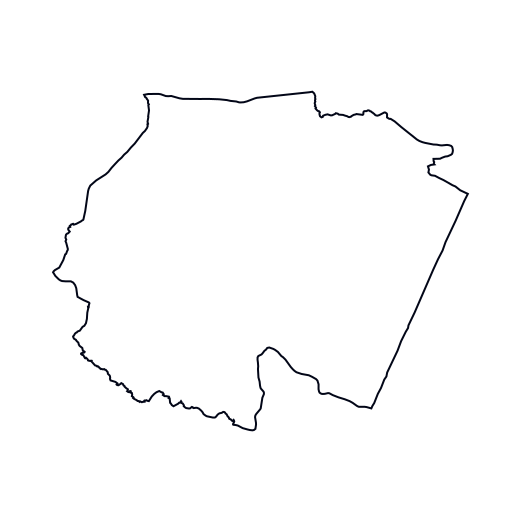 Koulpelogo, Koulpélogo, Burkina Faso, rotated 281°
{"feature_id": "67063806B92956545078683", "entity_name": "Koulpelogo", "entity_type": "district", "adm_level": 2, "iso_a3": "BFA", "parent_name": "Burkina Faso", "parent_adm1": "Koulpélogo", "projection": "natural_earth1", "projection_center": [0.149, 11.415], "detail": "fine", "context": "isolated", "style": "outline", "palette": "ink", "viewbox_px": 512, "rotation_deg": 281, "n_neighbors": 0, "source": "geoboundaries", "source_scale": "gbopen_adm2", "svg_char_len": 5992}
<svg xmlns="http://www.w3.org/2000/svg" viewBox="0 0 512 512"><g transform="rotate(281 256 256)"><path d="M181.8,88.7L179.8,95.1L178.5,100.8L177.9,101.5L175.9,101.3L174.0,101.5L174.0,100.8L172.5,101.3L168.2,101.2L162.0,102.0L157.6,101.9L154.7,100.8L153.4,99.3L149.1,97.3L147.8,95.2L146.8,94.7L146.2,93.8L145.2,93.1L143.1,92.4L142.2,91.8L141.1,92.3L140.0,93.3L139.4,95.2L139.0,95.4L138.1,96.5L137.1,98.1L135.2,99.0L134.1,100.0L132.6,103.0L130.1,104.1L129.8,104.6L129.6,105.5L129.2,106.1L128.6,105.9L127.9,104.7L127.8,104.0L126.9,102.9L126.4,103.0L125.7,104.4L125.8,105.2L125.5,105.6L123.2,107.5L123.0,107.9L123.7,108.5L122.9,109.9L122.3,110.6L121.5,111.0L121.3,111.4L121.4,111.9L121.3,113.2L121.8,114.0L121.8,114.6L121.2,114.5L117.9,118.9L117.8,120.5L117.4,120.8L117.6,121.8L117.1,122.2L117.1,122.8L116.4,123.5L116.3,124.0L115.7,124.6L115.4,125.4L115.7,125.9L115.5,127.3L116.0,128.5L115.6,128.9L115.6,130.2L113.7,132.6L112.1,133.1L110.8,135.1L110.1,135.6L108.6,136.1L107.5,136.1L106.1,137.0L105.6,142.0L104.5,144.3L103.2,143.7L102.8,144.4L102.9,145.7L104.7,147.5L105.5,148.0L104.8,150.0L103.7,150.6L103.3,151.7L102.7,151.9L101.4,154.0L100.7,155.7L99.5,155.8L98.7,155.3L98.5,155.7L98.1,156.6L98.2,158.3L99.4,158.2L99.5,158.7L97.8,159.6L97.8,160.3L96.4,160.9L94.7,160.9L94.2,162.2L93.8,162.8L93.1,162.5L92.5,163.6L91.7,166.5L91.1,167.3L91.2,168.3L90.6,169.6L91.2,169.9L90.7,171.9L91.1,172.4L91.7,174.4L92.7,174.0L93.0,174.4L93.1,175.5L93.5,175.9L93.1,177.4L93.1,178.5L98.2,180.5L101.2,182.4L103.3,184.3L105.0,186.8L104.1,189.5L104.2,190.4L102.9,191.7L102.5,191.8L102.3,191.3L101.8,191.1L101.0,192.9L101.3,194.7L101.3,197.4L100.7,197.8L99.9,197.4L99.5,198.5L95.5,199.7L95.1,200.4L93.6,201.8L92.8,203.7L96.1,207.7L97.3,208.5L97.4,209.1L97.8,209.5L99.2,210.1L98.6,210.7L97.6,210.7L97.2,212.3L95.7,213.7L94.8,213.7L94.0,215.0L93.4,216.4L93.5,219.4L93.9,220.4L95.6,221.8L95.5,222.7L95.0,223.1L94.8,223.8L95.6,226.1L95.7,227.2L95.3,229.1L93.7,231.8L92.4,233.4L90.8,234.7L89.7,237.0L89.3,238.4L89.2,244.4L89.6,246.4L90.1,247.1L90.5,247.2L91.3,247.8L92.8,248.5L94.0,249.5L94.6,250.2L95.5,252.3L96.7,253.5L96.8,254.5L96.4,255.5L95.6,256.1L95.0,257.4L93.1,258.8L92.9,259.4L92.2,260.2L91.2,260.7L91.0,261.1L90.9,262.2L89.6,264.1L89.6,264.6L90.8,265.3L90.4,265.7L89.5,266.2L88.1,266.0L87.3,265.6L86.3,265.6L86.0,265.9L86.2,268.4L86.1,270.5L84.5,275.8L84.1,280.7L84.0,283.2L84.2,285.8L84.8,287.2L86.2,288.4L90.5,288.2L92.3,287.8L97.7,285.8L99.4,285.8L101.0,286.4L106.4,289.4L107.4,289.7L118.1,289.3L121.9,290.1L123.2,289.9L124.3,289.3L126.7,286.2L127.4,285.6L129.5,284.7L133.4,283.5L137.2,281.6L145.4,279.5L148.2,279.2L151.8,278.2L154.5,277.3L156.8,276.9L158.3,277.4L160.4,280.2L161.7,281.0L164.6,282.4L165.9,283.6L167.9,284.6L168.7,286.5L168.1,290.7L167.5,292.6L166.0,295.8L162.6,300.0L161.9,301.7L159.9,304.7L153.7,311.3L151.8,313.8L150.6,315.7L149.6,317.9L148.9,323.3L149.0,330.6L148.1,334.1L146.6,338.5L145.4,340.1L142.0,341.9L137.2,342.8L135.1,343.7L134.0,344.5L133.4,345.8L133.2,347.1L133.4,348.2L133.8,349.8L135.1,352.7L135.3,353.7L135.1,354.7L134.1,357.9L133.0,363.9L132.3,370.5L131.4,375.6L130.3,378.9L128.1,383.7L127.8,384.7L127.6,385.8L128.7,391.3L128.8,393.4L128.4,398.3L131.1,398.9L134.2,400.1L143.9,401.9L150.3,403.9L159.2,405.5L162.6,407.0L166.7,407.0L190.0,413.0L200.1,414.7L210.3,417.5L214.3,419.0L217.0,418.9L230.8,422.5L276.5,432.6L287.6,435.3L297.0,438.1L305.8,439.4L328.6,445.2L349.7,449.9L357.4,452.1L359.5,443.9L362.3,438.5L363.0,435.3L366.3,425.6L367.5,420.9L368.9,416.4L368.7,412.8L369.0,411.6L370.9,409.3L373.8,409.3L376.8,407.7L378.8,410.4L379.9,413.6L380.4,412.9L382.2,413.0L382.9,412.3L385.2,411.7L386.6,418.1L387.9,419.8L389.7,422.7L390.5,425.1L392.5,428.0L393.7,429.0L395.1,429.2L396.9,429.2L398.5,428.7L400.4,427.8L401.3,426.6L401.6,424.5L401.5,422.3L400.0,417.3L399.8,415.5L399.8,412.3L399.3,408.9L399.3,400.5L399.5,397.7L400.1,394.4L401.1,391.6L410.3,374.0L414.6,366.4L416.3,362.0L416.1,361.2L416.2,360.2L417.0,358.2L420.2,357.6L420.8,357.2L421.5,355.7L421.4,354.6L417.9,350.2L417.3,349.2L416.9,348.3L416.9,347.0L417.2,346.0L418.1,344.9L418.4,344.0L419.0,343.2L419.2,342.3L419.8,341.5L419.9,340.3L420.3,339.8L420.4,339.1L420.4,338.2L419.3,336.8L419.0,335.2L418.7,334.5L417.7,334.0L415.8,334.3L414.9,333.8L414.5,327.4L414.1,327.0L413.1,324.8L412.4,324.1L411.5,323.0L411.0,322.8L410.2,321.4L410.1,320.3L410.6,318.8L410.8,316.5L411.1,314.5L410.6,310.4L411.3,309.1L411.4,307.1L410.6,306.6L408.6,303.8L408.3,302.6L408.7,299.2L407.8,297.1L406.5,295.1L405.3,295.0L404.6,293.8L405.4,292.2L406.9,291.4L408.5,291.0L409.1,291.3L409.7,290.9L410.1,290.3L410.2,289.1L410.6,288.3L412.1,286.3L413.1,286.6L414.4,285.2L415.3,285.5L417.0,284.5L418.0,284.5L418.8,284.8L419.6,284.3L420.9,284.2L421.4,284.4L422.0,284.0L422.8,283.8L424.2,283.7L426.7,282.1L428.0,280.0L426.8,276.7L411.5,226.8L410.4,224.6L406.1,217.7L404.6,214.6L403.8,211.6L403.6,210.1L403.9,207.1L403.4,201.4L403.5,197.7L402.8,189.8L401.2,179.8L399.4,170.8L396.3,154.2L396.2,150.8L396.9,142.3L396.1,139.3L395.8,136.9L396.6,131.7L396.5,129.5L394.5,119.4L392.9,115.4L390.8,116.9L390.5,117.8L389.8,118.7L389.4,118.8L388.0,120.4L385.5,120.8L384.4,121.9L383.6,121.5L378.5,123.2L372.3,123.5L372.0,123.8L367.0,123.9L365.1,124.9L364.7,124.7L364.5,124.3L362.9,124.9L360.9,124.6L357.5,123.1L355.2,121.4L343.2,115.5L338.6,112.5L333.6,109.8L330.3,107.2L326.9,105.3L323.5,102.7L319.4,100.1L315.0,97.4L310.3,95.0L307.4,92.8L299.7,84.7L293.5,79.9L290.2,79.0L287.8,78.8L267.6,79.8L258.8,79.6L258.3,79.3L257.4,78.2L256.6,77.6L253.3,73.5L252.0,71.2L252.7,70.4L252.5,69.9L251.9,69.3L251.8,68.7L250.8,68.2L250.1,67.5L249.1,68.1L248.2,66.7L246.7,66.4L245.9,66.8L244.4,68.5L242.5,67.3L242.0,66.4L241.0,65.6L240.4,65.4L237.5,65.5L235.9,66.6L234.2,66.2L232.7,67.2L226.9,70.0L225.8,70.0L224.7,69.6L221.9,69.2L221.2,68.4L215.2,67.6L207.1,65.1L203.8,61.3L202.4,60.3L201.3,59.9L198.1,62.9L195.5,66.8L194.7,68.7L194.4,70.4L194.8,73.9L195.8,79.1L195.0,81.7L192.9,84.0L190.1,85.7L183.3,88.0L181.8,88.7Z" fill="none" stroke="#020617" stroke-width="2"/></g></svg>